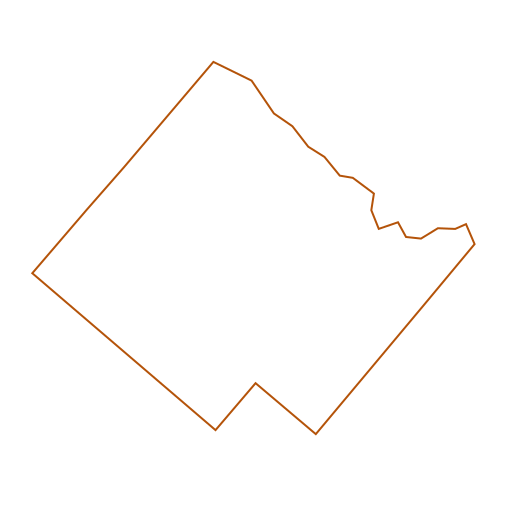 Parke, Indiana, United States of America (Robinson projection), rotated 130°
{"feature_id": "52423323B17417544173704", "entity_name": "Parke", "entity_type": "district", "adm_level": 2, "iso_a3": "USA", "parent_name": "United States of America", "parent_adm1": "Indiana", "projection": "robinson", "projection_center": [-87.293, 39.779], "detail": "fine", "context": "isolated", "style": "outline", "palette": "amber", "viewbox_px": 512, "rotation_deg": 130, "n_neighbors": 0, "source": "geoboundaries", "source_scale": "gbopen_adm2", "svg_char_len": 486}
<svg xmlns="http://www.w3.org/2000/svg" viewBox="0 0 512 512"><g transform="rotate(130 256 256)"><path d="M415.4,175.1L353.7,174.6L354.0,102.4L354.0,95.7L182.9,95.9L106.4,96.2L96.6,115.6L107.2,120.8L117.8,134.5L136.6,140.8L145.0,153.3L138.9,168.9L156.3,179.4L146.8,197.1L132.4,205.8L133.9,232.1L140.6,243.5L136.1,267.2L138.7,286.2L133.2,311.5L135.3,333.9L124.5,372.1L134.7,413.4L272.9,414.2L329.2,415.4L413.0,416.3L415.4,175.1Z" fill="none" stroke="#b45309" stroke-width="2"/></g></svg>